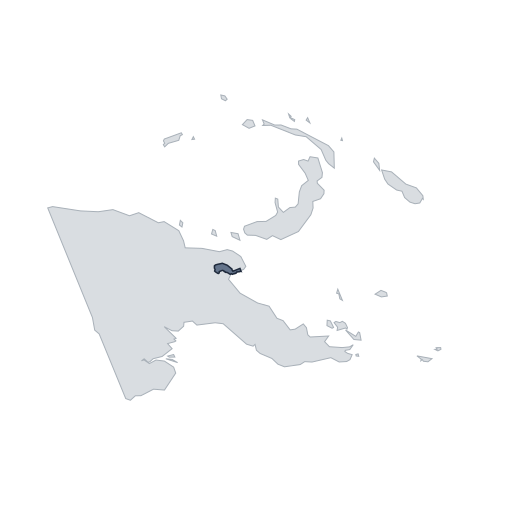 location of Nawae District, Morobe, Papua New Guinea, rotated 338°
{"feature_id": "67681753B35920767491550", "entity_name": "Nawae District", "entity_type": "district", "adm_level": 2, "iso_a3": "PNG", "parent_name": "Papua New Guinea", "parent_adm1": "Morobe", "projection": "equal_earth", "projection_center": [147.161, -6.504], "detail": "fine", "context": "in_parent", "style": "filled", "palette": "slate", "viewbox_px": 512, "rotation_deg": 338, "n_neighbors": 0, "source": "geoboundaries", "source_scale": "gbopen_adm2", "svg_char_len": 5511}
<svg xmlns="http://www.w3.org/2000/svg" viewBox="0 0 512 512"><g transform="rotate(338 256 256)"><path d="M81.8,339.4L81.4,269.5L78.7,264.3L81.3,251.8L80.9,133.4L85.9,134.0L110.1,148.4L126.4,155.9L140.7,159.4L153.8,171.3L163.5,171.9L177.9,188.6L183.7,189.7L193.9,203.6L194.5,214.8L193.4,221.9L208.8,228.7L223.7,238.3L231.7,239.3L236.2,242.7L241.7,250.8L242.7,261.8L239.5,263.8L225.7,263.7L221.8,267.3L227.3,284.5L239.9,300.2L249.3,307.4L252.1,321.6L256.9,326.1L260.0,337.3L264.9,338.5L274.4,336.7L275.9,341.4L274.5,348.5L275.9,351.4L293.4,357.4L287.5,361.1L290.1,367.6L301.6,373.2L308.7,375.3L312.9,374.7L307.9,377.9L303.5,376.9L302.6,377.9L304.5,380.6L308.2,383.5L304.3,387.3L300.5,387.8L293.4,385.4L287.3,378.3L268.2,375.3L261.6,372.2L256.4,373.2L240.9,369.4L235.8,364.5L232.4,357.0L223.3,347.9L221.1,343.5L222.0,337.6L219.5,338.5L214.2,334.2L200.2,306.5L193.1,302.6L175.3,297.9L172.7,292.5L164.4,290.5L162.6,294.0L155.8,296.5L150.1,293.8L144.4,287.1L151.1,302.4L148.8,302.3L149.9,304.7L148.6,305.0L141.2,304.1L143.5,310.5L131.3,314.0L122.2,312.7L117.9,314.3L116.1,314.1L113.8,309.4L110.5,310.3L113.2,310.4L116.8,315.8L124.3,315.0L131.7,319.1L138.0,328.2L137.7,334.5L120.9,346.0L111.1,341.1L96.9,342.4L91.8,340.4L85.5,342.7L81.8,339.4ZM336.3,184.4L339.8,187.5L343.3,184.2L350.1,188.3L348.8,203.6L346.6,207.8L340.8,209.3L340.1,211.5L343.8,220.5L342.3,223.7L337.3,227.1L329.1,226.7L326.9,232.9L322.3,238.3L304.5,249.2L285.2,250.1L278.9,243.3L272.2,244.6L263.3,236.7L255.8,233.4L254.3,230.4L254.5,226.5L256.5,224.1L269.9,224.5L278.3,227.7L289.5,225.8L292.5,223.4L293.7,213.6L295.6,209.6L297.5,211.4L295.1,219.0L297.7,225.8L305.6,223.8L310.7,225.4L314.6,223.4L320.2,212.8L324.7,207.9L332.8,205.5L332.6,197.7L329.8,187.0L331.0,183.9L336.3,184.4ZM433.3,262.6L432.3,266.1L431.8,265.0L427.7,268.2L423.0,267.1L418.9,263.7L415.7,257.5L415.6,250.6L411.1,247.5L405.3,238.7L404.1,232.9L404.7,223.3L413.2,228.8L421.9,245.5L430.2,252.9L433.3,262.6ZM367.2,188.7L361.5,203.9L357.9,197.6L356.6,193.3L356.3,181.7L347.2,164.2L337.8,158.5L318.7,140.3L311.1,137.5L313.0,136.7L313.0,132.2L322.4,141.6L328.3,143.9L336.1,151.2L341.4,153.7L364.5,180.8L367.2,188.7ZM214.8,113.2L232.9,113.8L233.2,115.9L230.8,116.1L227.7,119.8L216.9,118.7L212.2,120.6L211.8,118.0L213.6,117.3L213.3,114.6L214.8,113.2ZM305.5,346.6L308.8,349.2L311.6,348.9L313.7,351.9L314.0,356.7L312.9,357.9L312.1,356.3L303.3,355.4L305.0,352.6L303.4,347.0L305.5,346.6ZM303.8,135.0L297.4,135.0L292.6,129.1L298.9,126.2L303.7,129.0L303.8,135.0ZM318.4,367.9L322.5,364.8L323.4,365.9L321.9,373.4L315.5,370.1L311.3,358.1L318.4,367.9ZM352.1,336.0L359.0,334.7L362.4,337.9L363.3,339.1L362.7,342.3L356.9,340.9L352.1,336.0ZM367.8,408.9L380.7,417.1L375.8,418.5L371.8,416.3L371.3,414.3L369.6,414.9L370.5,413.5L367.8,408.9ZM247.0,235.4L241.2,229.1L241.6,224.8L247.7,228.6L247.0,235.4ZM301.2,351.3L299.5,351.5L295.7,347.1L298.0,342.2L300.6,344.0L301.2,351.3ZM402.7,222.9L400.2,212.7L402.4,209.6L404.6,216.1L402.7,222.9ZM227.0,222.9L223.0,218.9L225.9,215.2L227.7,217.2L227.0,222.9ZM288.0,99.8L285.8,100.6L282.9,97.3L283.7,93.5L287.1,95.9L288.0,99.8ZM200.6,197.8L198.2,201.4L196.6,198.6L199.2,194.6L200.6,197.8ZM319.4,317.4L319.5,329.5L317.7,327.1L318.6,322.1L316.8,320.7L319.4,317.4ZM139.5,320.5L143.4,325.5L133.9,317.5L139.5,320.5ZM142.9,319.3L137.7,317.3L136.6,315.7L142.7,316.5L142.9,319.3ZM392.9,410.1L392.5,411.8L389.1,412.1L386.9,409.6L389.1,410.2L388.7,408.5L392.9,410.1ZM355.7,147.1L355.8,152.8L353.4,148.8L355.7,147.1ZM343.0,144.1L342.0,145.6L339.6,141.7L340.0,140.9L343.0,144.1ZM314.0,385.0L313.7,387.5L311.4,386.2L311.7,384.7L314.0,385.0ZM340.9,139.7L339.1,140.4L339.4,136.5L340.9,139.7ZM242.6,121.9L242.8,124.7L240.2,124.0L242.6,121.9ZM379.7,178.8L379.4,181.4L378.0,180.5L379.7,178.8Z" fill="#d9dde1" stroke="#a8b0b8" stroke-width="1"/><path d="M225.9,253.8L225.4,253.3L224.2,252.2L222.0,250.1L220.4,249.9L219.8,249.8L217.7,249.4L215.4,249.1L213.9,249.4L213.6,250.0L213.6,250.3L213.4,250.4L213.4,250.5L213.2,250.9L213.2,251.0L213.0,251.3L212.9,251.5L213.0,253.3L212.0,254.4L212.4,255.4L213.3,256.7L213.8,257.4L214.4,258.1L215.1,258.1L215.6,257.7L216.2,256.8L216.2,256.7L219.1,256.7L219.5,256.8L219.8,256.9L219.9,257.0L220.0,257.1L220.2,257.3L220.3,257.4L220.4,257.5L220.5,257.6L220.6,257.8L220.6,258.0L220.6,258.3L220.8,258.4L220.9,258.5L221.0,258.6L221.1,258.8L221.2,258.7L221.3,258.8L221.2,258.9L221.2,259.0L221.3,259.1L221.3,259.3L221.4,259.5L221.5,259.6L221.8,259.8L222.0,260.0L222.8,260.2L223.2,260.6L223.6,261.1L225.1,263.2L225.3,263.3L225.6,263.3L225.8,263.3L226.0,263.3L226.1,263.2L226.3,263.2L226.5,263.2L226.7,263.3L226.8,263.4L226.8,263.5L227.0,263.7L227.1,263.8L227.2,264.0L227.3,264.0L227.5,264.2L227.9,264.1L228.0,264.1L228.3,264.1L228.5,264.1L228.8,264.0L229.0,264.0L229.1,264.3L229.3,264.3L229.4,264.2L229.6,264.2L229.6,264.3L229.8,264.3L229.8,264.2L230.0,264.2L230.0,264.3L230.4,264.5L230.9,264.5L231.0,264.5L231.1,264.4L231.3,264.2L231.5,264.1L231.8,263.9L232.0,263.6L232.3,263.7L232.5,263.7L233.0,263.9L233.2,264.0L233.3,264.0L233.5,264.0L233.6,263.9L233.8,264.0L234.0,264.1L234.3,264.2L234.4,264.3L234.6,264.3L234.8,264.3L235.0,264.4L235.3,264.3L235.5,264.4L235.8,264.4L236.0,264.4L236.1,264.5L236.3,264.4L236.4,264.5L236.4,264.4L236.4,264.2L236.2,264.0L236.2,263.8L236.3,263.7L236.4,263.4L236.5,263.3L236.5,261.5L236.4,261.5L229.0,261.5L229.0,261.4L228.9,261.4L228.9,261.2L228.9,260.9L228.9,260.7L228.7,260.4L228.6,260.2L228.6,259.9L228.6,259.7L228.7,259.4L228.7,259.2L228.8,259.1L225.9,253.8Z" fill="#64748b" stroke="#1e293b" stroke-width="1.5"/></g></svg>